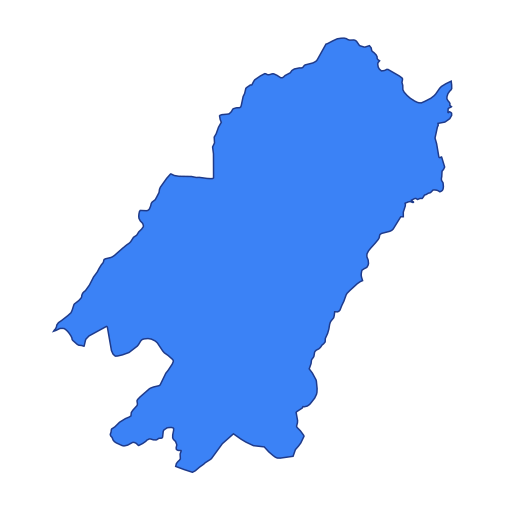 outline of Cam Thuy, Thanh Hóa, Vietnam, rotated 266°
{"feature_id": "81297802B68109668722051", "entity_name": "Cam Thuy", "entity_type": "district", "adm_level": 2, "iso_a3": "VNM", "parent_name": "Vietnam", "parent_adm1": "Thanh Hóa", "projection": "mercator", "projection_center": [105.467, 20.205], "detail": "fine", "context": "isolated", "style": "filled", "palette": "blue", "viewbox_px": 512, "rotation_deg": 266, "n_neighbors": 0, "source": "geoboundaries", "source_scale": "gbopen_adm2", "svg_char_len": 6016}
<svg xmlns="http://www.w3.org/2000/svg" viewBox="0 0 512 512"><g transform="rotate(266 256 256)"><path d="M53.6,279.0L60.1,281.8L63.5,285.2L66.3,287.6L72.8,291.3L73.7,291.1L78.5,288.1L82.0,285.1L82.8,284.7L83.5,284.6L86.7,285.7L88.9,286.0L97.2,285.1L97.9,285.8L101.1,291.5L102.5,292.4L102.2,293.4L102.7,296.6L103.7,298.4L104.7,299.7L110.1,304.6L113.8,306.7L115.8,307.3L119.5,307.7L126.8,307.5L128.1,307.3L135.2,304.1L139.7,301.2L144.8,303.4L148.3,304.1L149.0,304.5L151.1,306.3L152.0,306.8L155.8,307.7L156.7,308.2L157.9,309.6L159.0,312.2L159.7,313.1L160.6,314.1L162.6,315.7L163.7,317.3L165.5,319.0L168.9,319.4L173.9,322.1L178.1,323.6L182.7,324.7L184.7,325.5L186.0,326.4L189.0,329.2L191.2,329.9L194.9,330.6L194.6,333.5L195.1,334.8L196.2,336.0L200.6,338.1L204.8,340.5L210.9,343.2L212.4,344.2L215.2,347.4L221.3,355.1L223.2,358.3L224.0,360.6L227.5,359.8L229.3,359.6L231.2,359.8L233.6,360.4L234.5,360.8L235.8,363.1L236.7,365.3L237.2,366.0L239.1,367.2L240.7,367.7L244.1,367.6L247.3,366.6L248.7,366.6L250.5,366.9L253.3,368.6L255.9,371.0L260.7,376.0L264.0,379.1L265.5,380.1L268.3,380.9L268.9,381.3L269.8,383.0L271.3,391.2L272.1,393.2L273.3,394.7L285.0,403.1L284.9,405.7L289.5,406.0L295.5,408.4L296.8,408.6L298.2,408.4L299.3,411.5L299.6,413.5L298.4,416.3L298.6,416.8L299.0,416.8L300.3,415.1L300.8,414.9L302.2,418.1L302.3,419.5L301.1,421.1L302.0,423.6L301.8,425.8L303.4,427.2L305.0,428.3L305.5,430.2L306.6,432.2L306.9,434.1L307.6,435.2L309.4,437.1L309.5,438.2L309.1,440.6L308.5,442.1L307.2,443.9L307.8,445.5L308.5,446.5L309.4,447.1L310.6,447.5L312.3,447.8L315.9,447.7L318.6,446.3L320.7,446.4L322.0,446.8L327.6,447.5L329.3,449.1L331.6,450.4L341.7,448.1L341.9,447.8L341.3,446.6L341.3,446.1L341.6,445.6L342.3,445.3L355.4,444.0L361.2,442.8L372.1,446.0L373.6,446.9L375.6,446.8L376.4,453.6L376.7,454.3L379.5,458.9L382.7,461.0L384.6,461.1L385.1,460.9L385.9,460.0L386.4,459.1L385.6,457.8L385.9,457.5L389.2,457.9L389.8,458.2L390.3,459.1L391.0,461.0L391.3,461.4L392.7,459.9L394.7,460.1L395.9,459.5L397.7,458.2L399.5,457.4L401.6,457.6L404.6,458.8L407.0,460.8L408.1,462.1L409.3,462.9L413.0,463.1L416.8,462.9L414.6,457.4L412.2,452.8L410.6,451.0L405.1,446.6L403.5,444.9L401.2,441.5L398.5,435.2L397.2,431.6L397.5,429.1L398.1,427.5L399.6,424.9L402.6,420.9L405.6,417.9L409.1,415.2L411.7,414.1L416.0,414.3L419.0,413.7L421.5,414.4L422.5,414.5L423.4,414.1L425.7,411.4L432.9,400.7L433.0,399.3L432.3,397.9L432.0,396.5L431.9,394.0L433.8,392.1L435.9,391.1L439.0,390.8L440.5,391.3L442.1,392.9L443.3,391.4L444.2,390.8L445.0,390.6L446.2,390.7L448.2,389.9L450.5,388.0L452.0,386.3L452.8,385.8L455.6,385.4L457.9,383.8L456.8,379.3L456.9,378.4L458.5,374.3L459.2,373.6L462.8,371.5L463.8,370.6L464.4,369.6L464.7,368.5L464.8,364.5L465.6,362.5L466.5,361.4L467.2,359.1L467.3,356.0L467.0,352.2L465.3,347.7L462.8,342.0L462.5,340.6L448.1,331.2L446.5,330.0L445.3,327.9L444.6,326.1L443.2,318.4L442.7,317.5L440.7,315.7L440.4,314.2L440.6,312.4L439.9,307.3L438.5,304.7L436.4,303.0L434.0,297.6L432.8,296.2L432.0,294.8L432.1,293.1L434.8,289.5L436.5,286.4L436.6,284.8L436.0,282.4L435.9,280.9L436.3,279.6L437.1,278.5L437.3,277.4L435.3,272.9L431.9,267.1L430.7,266.1L427.0,263.8L426.9,263.2L427.0,262.3L424.5,258.1L423.8,257.5L418.9,256.0L416.0,254.3L407.2,251.8L405.7,251.1L405.1,250.1L405.2,246.7L404.5,243.7L404.0,243.0L401.7,241.5L399.7,239.1L399.5,237.2L399.4,232.0L398.9,230.0L398.3,229.4L394.7,229.8L391.8,230.7L387.1,227.6L380.7,224.8L377.5,222.6L371.7,222.5L367.8,220.3L360.9,220.7L336.9,219.1L336.3,218.2L336.3,216.4L336.8,212.5L338.4,204.9L338.5,201.9L339.8,197.2L340.9,184.7L342.0,180.1L343.7,177.1L343.8,176.5L339.8,172.4L331.3,165.4L329.3,164.4L326.1,163.7L322.0,161.2L319.2,159.4L317.0,156.1L315.8,155.2L313.0,154.3L310.1,152.8L309.0,151.3L308.8,149.9L309.5,144.1L309.5,143.7L308.6,142.9L306.3,142.2L303.8,141.8L301.7,141.9L299.1,143.0L296.6,145.1L295.5,145.5L293.9,145.8L293.0,145.6L290.8,143.8L288.2,140.7L285.5,138.8L284.8,138.0L283.2,135.1L279.0,132.0L277.8,130.7L276.1,127.8L273.0,123.4L266.4,114.8L265.2,112.7L264.6,111.0L263.7,105.6L263.2,104.4L262.7,104.0L260.7,103.4L259.7,102.8L258.1,101.2L254.5,98.6L251.2,96.6L246.4,92.5L238.6,87.8L233.3,83.4L232.4,82.0L231.0,80.5L229.0,79.5L227.3,79.2L226.2,78.5L223.9,76.1L220.9,71.6L220.2,71.0L214.7,68.8L212.3,67.5L209.7,64.2L205.3,57.7L203.3,54.3L201.1,52.5L199.0,51.9L197.3,50.9L196.2,49.7L195.1,48.9L195.7,51.2L197.4,55.4L197.3,57.9L197.0,59.6L195.8,61.1L194.0,62.8L191.7,64.4L189.2,65.8L187.2,66.6L185.4,66.8L184.4,67.5L180.4,71.4L179.4,72.9L178.9,75.7L178.0,78.1L178.2,78.3L183.8,80.0L184.9,80.5L187.9,83.8L196.2,101.9L196.0,102.4L195.2,102.8L171.8,105.2L168.2,106.5L166.5,108.0L165.9,108.8L165.9,111.0L166.7,115.9L168.6,122.6L174.4,131.3L175.8,132.6L179.2,135.0L180.2,136.0L180.8,137.2L181.1,138.7L181.2,142.5L180.4,145.8L178.4,149.3L177.3,150.5L176.1,151.6L167.8,156.3L165.8,157.8L162.9,161.4L158.6,165.6L157.4,166.2L156.4,166.1L154.0,164.9L148.0,160.3L145.4,157.9L134.1,151.4L133.4,150.2L132.5,144.7L131.6,141.7L131.0,140.4L123.5,130.5L121.2,128.0L120.2,127.3L119.4,127.2L116.9,127.4L115.7,127.2L115.0,126.8L110.9,122.5L108.6,120.7L105.2,120.1L104.2,118.3L102.9,114.4L99.7,108.3L95.4,103.3L93.5,99.9L92.9,99.6L90.4,99.1L88.3,98.2L87.4,98.3L86.5,98.6L85.0,99.8L82.4,100.6L80.7,101.8L79.3,103.6L76.2,109.3L75.8,110.7L75.8,111.8L76.3,114.8L78.6,119.8L78.7,120.6L78.3,122.0L77.5,123.4L75.2,125.5L75.2,125.9L76.9,129.9L78.8,133.1L80.0,134.4L81.0,136.9L80.8,138.1L79.8,140.7L79.5,143.3L79.6,144.1L80.9,146.4L80.9,149.2L81.3,149.8L81.9,150.2L87.5,151.2L88.8,151.9L90.7,155.1L90.9,156.3L90.9,159.5L90.3,161.3L89.7,161.8L88.0,161.7L83.2,160.4L80.4,160.2L78.7,160.9L76.6,162.8L73.7,163.7L73.0,163.8L70.4,163.0L68.9,163.0L68.4,163.3L67.5,164.7L67.2,167.6L66.8,167.8L63.8,166.5L58.9,166.4L57.7,165.4L56.3,163.7L54.5,162.1L51.7,161.2L48.1,169.1L44.7,177.5L46.0,180.5L49.3,184.9L52.0,189.3L53.3,190.9L56.4,196.6L57.1,197.5L71.1,209.3L80.2,221.1L74.4,228.2L71.1,232.9L67.0,240.2L65.0,250.9L59.7,255.1L55.7,259.2L54.0,261.2L53.0,263.1L52.7,266.1L53.6,279.0Z" fill="#3b82f6" stroke="#1e3a8a" stroke-width="1.5"/></g></svg>